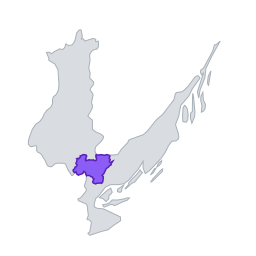 Karlovacka on a map of Croatia (orthographic projection), rotated 264°
{"feature_id": "HRV-1583", "entity_name": "Karlovacka", "entity_type": "County", "adm_level": 1, "iso_a3": "HRV", "parent_name": "Croatia", "parent_adm1": "", "projection": "orthographic", "projection_center": [15.498, 45.287], "detail": "fine", "context": "in_parent", "style": "filled", "palette": "violet", "viewbox_px": 256, "rotation_deg": 264, "n_neighbors": 0, "source": "natural_earth", "source_scale": "10m", "svg_char_len": 6374}
<svg xmlns="http://www.w3.org/2000/svg" viewBox="0 0 256 256"><g transform="rotate(264 128 128)"><path d="M27.5,77.1L28.7,79.1L37.9,81.7L39.9,80.7L41.1,79.1L41.1,78.0L41.9,77.7L45.1,79.4L55.0,79.3L57.0,78.2L60.8,71.3L62.0,70.7L62.8,71.0L63.4,73.1L64.8,75.0L69.7,79.7L71.6,80.2L73.4,79.0L75.3,78.6L80.8,81.1L85.3,81.6L88.7,80.3L87.1,76.6L86.8,74.7L87.0,73.1L89.4,71.5L89.2,70.8L86.5,67.9L86.6,67.1L92.7,63.9L98.6,62.1L99.6,60.7L100.4,54.7L100.0,51.5L97.7,48.5L97.5,46.9L98.1,45.3L99.0,43.9L104.1,42.3L111.5,38.7L113.7,35.4L115.1,34.8L119.2,35.3L120.1,34.5L119.5,29.8L120.2,28.6L122.4,27.2L126.0,27.7L129.0,28.9L137.0,32.9L141.3,36.6L143.7,40.9L147.0,44.1L151.0,46.3L154.3,49.4L156.7,53.4L160.1,55.5L164.3,55.9L167.1,57.2L168.2,59.4L170.6,61.4L174.1,63.1L179.6,64.0L193.3,64.4L199.2,62.0L203.6,56.3L205.5,56.6L211.8,54.8L211.5,58.1L209.7,59.6L211.8,63.0L213.8,68.4L212.9,71.2L214.3,73.2L218.2,75.2L217.2,75.9L216.3,77.7L216.4,81.0L219.6,84.0L228.0,87.0L230.6,89.7L230.7,90.8L230.3,91.6L223.9,92.2L221.4,90.9L221.3,93.1L219.0,93.9L220.6,102.0L220.2,104.3L219.4,105.2L217.6,104.8L217.1,105.6L217.6,107.3L215.3,107.6L211.6,106.9L209.8,105.4L209.4,102.3L208.1,99.9L205.1,97.5L199.0,97.3L191.8,95.2L186.6,96.1L181.7,95.1L177.5,98.5L175.4,98.5L171.0,94.6L169.7,94.4L166.0,96.5L164.4,96.7L158.1,94.7L155.8,94.4L154.2,95.1L151.2,94.4L143.9,89.3L139.5,93.4L130.4,92.5L127.7,95.3L124.6,100.5L122.2,102.9L120.0,102.1L117.4,99.8L112.8,94.0L110.5,93.0L107.9,92.8L105.6,93.4L104.4,94.6L102.7,110.6L102.7,115.1L107.7,119.3L113.7,126.4L115.7,127.2L116.6,129.5L119.7,142.4L122.8,146.8L133.3,157.2L137.8,163.8L151.3,176.6L157.3,178.7L158.2,179.9L158.4,185.0L159.1,186.9L163.1,192.1L171.4,199.6L172.4,201.4L172.7,202.7L172.2,203.7L170.1,204.8L160.6,196.3L153.3,191.7L144.9,182.8L134.0,179.5L126.5,175.6L117.0,177.5L114.0,177.6L111.8,176.9L110.2,174.5L110.2,170.1L105.8,166.2L99.9,162.5L94.3,157.7L83.1,144.6L80.9,140.4L86.7,138.8L93.3,139.6L86.2,134.1L76.0,123.2L73.0,118.0L72.7,112.5L73.5,104.9L71.7,99.4L64.0,92.3L61.2,88.5L55.5,86.3L52.9,86.4L51.3,89.2L50.1,95.2L40.3,111.2L36.6,111.0L32.6,103.3L28.8,97.4L28.0,91.2L25.3,78.8L27.5,77.1ZM201.6,222.6L201.7,224.4L204.8,228.8L191.4,219.3L178.9,211.6L170.2,209.8L158.2,203.6L150.4,201.5L156.7,200.8L175.2,209.0L173.1,206.8L175.7,205.8L178.0,206.4L179.5,209.2L190.0,216.5L196.7,220.8L201.6,222.6ZM58.6,120.2L58.3,122.1L56.2,119.6L55.2,115.2L52.6,108.1L52.3,106.2L53.7,104.2L53.6,102.2L51.8,96.0L53.4,95.0L54.4,94.9L54.7,99.2L55.5,101.7L58.1,104.8L57.5,109.8L57.9,116.9L58.6,120.2ZM70.1,104.5L65.8,105.6L63.7,103.6L63.2,102.1L59.7,101.5L57.1,98.4L60.2,96.0L61.8,92.2L67.6,100.1L70.1,104.5ZM140.8,189.0L135.1,189.2L130.1,188.3L127.7,186.8L128.5,183.3L134.1,183.5L142.5,184.9L144.6,186.7L143.9,187.5L140.8,189.0ZM155.7,195.9L153.2,196.4L137.0,196.3L132.3,195.4L126.0,192.0L131.3,191.1L136.1,191.8L137.7,193.7L155.7,195.9ZM83.3,136.5L82.3,137.8L73.5,129.0L72.6,126.0L68.2,120.0L67.6,118.4L71.5,122.4L73.1,122.7L76.9,126.6L80.6,131.5L85.1,135.7L83.3,136.5ZM136.1,202.6L142.8,203.9L147.7,203.2L152.2,203.9L155.7,206.2L148.0,205.8L143.4,207.5L139.4,206.7L137.8,205.7L136.7,204.4L136.1,202.6ZM83.2,157.0L83.7,158.2L81.3,157.7L72.6,146.8L71.7,144.7L74.8,147.3L83.2,157.0ZM68.1,111.1L71.6,117.6L68.3,115.6L65.4,114.8L64.8,113.3L65.8,110.9L68.1,111.1ZM171.1,213.2L176.2,216.5L161.5,212.4L164.7,211.8L171.1,213.2ZM89.7,154.4L92.1,158.1L89.8,157.4L87.5,155.1L86.1,152.6L89.7,154.4ZM84.7,150.0L85.3,151.8L80.8,148.5L78.9,145.3L84.7,150.0Z" fill="#d9dde1" stroke="#a8b0b8" stroke-width="1"/><path d="M104.9,93.7L104.5,94.1L104.2,95.2L104.1,95.5L104.3,98.5L104.1,99.3L103.3,101.4L103.3,102.3L103.7,103.8L103.6,104.7L102.7,106.2L102.5,106.8L102.2,107.0L101.7,107.0L101.6,106.9L101.0,106.7L100.1,106.1L99.8,106.1L99.2,106.7L99.0,106.8L98.5,107.0L98.2,107.0L97.4,106.3L96.7,106.1L96.4,106.0L96.2,106.0L95.8,106.6L95.7,106.7L95.6,106.8L95.5,107.1L95.5,107.3L95.6,107.6L96.5,108.9L96.7,109.5L95.3,108.4L95.1,108.1L95.0,107.9L94.9,107.7L94.7,107.6L94.1,107.4L93.5,107.5L93.4,107.5L93.2,107.4L92.9,107.0L92.8,106.7L92.5,105.8L92.4,105.6L92.2,105.4L91.5,104.8L91.1,104.4L90.9,104.1L90.2,102.5L90.1,102.3L90.0,102.2L85.3,99.3L85.1,99.1L84.9,98.9L84.7,98.6L84.3,98.2L84.1,97.9L83.9,97.7L83.6,97.2L83.3,97.3L82.4,98.2L81.2,98.3L77.1,97.3L75.8,96.0L75.7,95.9L75.7,95.6L75.9,95.5L76.0,95.4L76.2,95.0L76.2,92.5L76.4,91.5L76.3,91.2L76.2,91.0L76.0,90.6L75.8,90.1L75.8,89.9L75.9,89.7L76.0,89.6L76.2,89.4L76.2,89.2L76.3,89.0L76.5,88.4L76.7,88.0L77.9,87.2L78.0,87.2L78.5,87.4L78.9,87.7L79.9,88.0L80.3,88.2L80.6,88.4L80.6,88.6L80.9,88.9L81.0,88.9L81.6,88.1L81.7,87.9L81.8,87.8L83.0,87.4L83.2,87.2L83.3,86.9L83.3,86.5L83.3,86.3L83.3,86.2L83.5,86.0L84.2,85.4L84.4,85.1L84.6,84.9L84.9,83.9L85.0,83.5L85.0,83.2L85.1,82.7L85.0,82.4L84.9,82.0L84.8,81.8L86.7,81.1L87.8,81.1L88.2,81.0L88.5,80.7L89.2,79.9L89.5,79.6L87.7,78.4L87.2,77.5L87.0,76.5L86.8,75.2L86.6,74.6L86.3,74.0L86.3,73.6L86.7,73.4L87.0,73.2L87.1,72.8L87.3,72.4L88.3,72.1L88.7,71.9L89.2,71.7L89.9,71.7L89.7,71.3L89.2,70.4L89.6,70.0L90.3,69.2L91.6,69.0L91.9,69.1L92.1,69.2L92.3,69.4L92.5,69.8L93.0,70.4L93.4,70.7L94.6,71.3L94.8,71.4L94.8,71.5L94.7,71.7L94.7,71.8L94.8,72.1L95.4,72.8L96.3,73.5L96.7,73.6L96.9,73.6L97.3,73.0L97.4,72.9L97.6,72.7L97.8,72.6L98.2,72.5L98.5,72.6L100.0,73.5L100.9,73.7L101.2,73.8L101.6,73.9L102.0,74.2L102.2,74.3L102.4,74.3L102.5,74.2L102.8,73.8L102.9,74.0L103.1,74.9L103.1,75.1L102.9,75.4L102.7,75.6L102.6,75.8L102.7,76.0L103.2,76.4L103.4,76.7L104.1,77.6L104.4,77.7L104.7,77.6L105.2,77.5L105.7,79.5L105.9,79.7L106.1,80.1L106.2,80.4L106.2,80.6L106.1,80.9L106.0,81.1L106.0,81.4L106.1,81.8L106.0,82.1L105.6,82.8L105.6,83.3L105.5,83.5L105.3,83.7L104.6,83.9L104.3,84.0L104.1,83.9L103.9,83.8L103.6,83.5L103.3,83.2L103.0,83.1L102.8,83.1L102.4,83.1L102.2,83.1L102.0,82.7L101.8,82.6L101.4,82.6L100.5,82.4L100.0,82.5L99.8,82.7L99.8,82.9L99.9,83.1L100.2,83.4L100.3,83.5L100.1,84.6L100.1,84.8L100.1,85.0L100.4,85.5L100.5,85.7L100.6,86.0L100.0,86.7L100.0,86.9L100.0,87.1L100.0,87.3L100.1,87.6L100.1,87.9L100.0,88.2L100.0,88.5L99.8,89.1L99.8,89.4L99.8,89.6L99.9,89.8L99.9,90.0L100.0,90.2L99.9,90.3L99.4,90.7L99.3,91.1L99.1,91.4L98.9,91.6L98.9,91.8L98.9,92.0L99.0,92.3L99.0,92.7L99.1,92.9L99.2,93.1L101.5,93.5L101.9,93.3L102.0,93.2L102.6,93.1L102.8,93.2L102.9,93.3L103.1,93.3L103.4,93.1L103.5,93.1L103.8,93.2L104.0,93.2L104.3,93.3L104.9,93.7L104.9,93.7Z" fill="#8b5cf6" stroke="#5b21b6" stroke-width="1.5"/></g></svg>